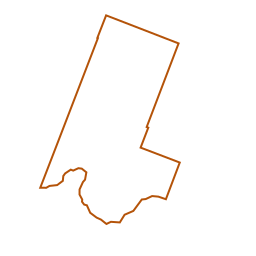 Ellis, Oklahoma, United States of America, rotated 21°
{"feature_id": "52423323B61060611937313", "entity_name": "Ellis", "entity_type": "district", "adm_level": 2, "iso_a3": "USA", "parent_name": "United States of America", "parent_adm1": "Oklahoma", "projection": "equal_earth", "projection_center": [-99.742, 36.218], "detail": "fine", "context": "isolated", "style": "outline", "palette": "amber", "viewbox_px": 256, "rotation_deg": 21, "n_neighbors": 0, "source": "geoboundaries", "source_scale": "gbopen_adm2", "svg_char_len": 671}
<svg xmlns="http://www.w3.org/2000/svg" viewBox="0 0 256 256"><g transform="rotate(21 128 128)"><path d="M67.2,30.7L67.1,54.9L67.7,54.9L67.6,169.8L67.5,215.2L73.1,213.1L75.5,210.2L82.3,206.7L86.1,200.7L84.8,196.0L85.6,192.9L89.5,187.4L92.1,187.4L96.1,183.3L99.4,182.5L105.0,184.3L106.4,191.6L105.3,194.6L104.8,202.7L106.6,207.5L110.9,211.2L111.5,213.3L114.5,215.2L117.3,214.9L123.1,220.7L130.8,222.9L135.6,223.2L142.2,225.3L145.7,221.7L154.2,219.1L155.9,210.2L162.7,203.5L166.5,189.8L170.0,188.0L174.9,182.9L180.9,181.2L188.9,180.9L188.7,141.7L146.8,141.8L146.8,120.4L145.1,120.4L144.9,37.9L144.9,30.9L67.2,30.7Z" fill="none" stroke="#b45309" stroke-width="2"/></g></svg>